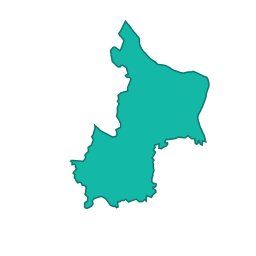 Quebracho, Paysandú, Uruguay (Albers equal-area conic projection), rotated 129°
{"feature_id": "84410073B73193959772066", "entity_name": "Quebracho", "entity_type": "district", "adm_level": 2, "iso_a3": "URY", "parent_name": "Uruguay", "parent_adm1": "Paysandú", "projection": "albers", "projection_center": [-57.976, -31.953], "detail": "fine", "context": "isolated", "style": "filled", "palette": "teal", "viewbox_px": 256, "rotation_deg": 129, "n_neighbors": 0, "source": "geoboundaries", "source_scale": "gbopen_adm2", "svg_char_len": 3548}
<svg xmlns="http://www.w3.org/2000/svg" viewBox="0 0 256 256"><g transform="rotate(129 128 128)"><path d="M187.3,149.5L188.7,151.4L189.8,151.7L189.9,149.9L191.7,148.4L189.8,146.6L189.7,145.5L191.6,144.2L191.8,142.4L196.1,142.4L197.7,142.1L197.8,139.8L200.4,138.5L200.4,137.3L201.3,135.6L202.1,133.6L202.2,132.5L200.7,131.8L200.0,130.3L201.3,127.3L200.1,126.0L200.0,123.6L204.5,120.5L206.7,119.7L206.7,115.9L210.5,113.4L213.0,114.6L215.0,113.4L216.6,112.2L216.9,110.9L216.2,109.2L211.8,107.1L208.9,107.5L206.9,110.0L204.0,109.9L198.0,105.8L197.5,104.0L196.9,100.8L199.1,93.0L197.9,89.4L196.8,89.0L197.2,86.9L195.7,86.0L192.0,89.5L190.3,87.8L188.6,87.7L187.1,85.6L184.8,85.0L185.1,80.9L182.8,79.7L178.1,76.8L178.2,72.9L176.2,70.6L173.1,70.0L173.3,67.8L169.4,70.7L168.8,70.6L167.1,66.1L164.5,66.7L160.4,65.9L159.2,66.8L159.1,68.3L159.1,69.5L159.0,71.2L158.3,71.2L157.3,70.2L156.1,69.7L155.0,70.1L153.9,70.8L154.0,72.1L154.9,73.1L155.1,74.3L154.7,75.7L151.7,78.0L149.3,78.6L148.2,79.9L144.9,80.9L143.1,82.9L141.8,84.3L140.2,85.3L139.2,87.3L136.6,87.6L135.9,90.5L131.9,90.9L129.4,91.5L129.3,92.4L129.4,93.5L129.2,94.1L128.6,94.5L127.3,94.7L126.1,94.6L125.7,95.1L124.9,96.3L124.1,96.3L122.9,95.3L120.6,94.1L122.6,92.5L124.3,91.1L123.0,88.9L121.0,88.5L118.7,87.4L117.6,86.9L115.5,87.0L114.6,88.1L115.3,89.0L116.0,90.1L115.4,90.8L112.8,91.0L111.6,89.4L106.2,84.4L103.4,83.2L101.8,80.6L99.9,77.6L96.2,76.6L96.3,71.8L94.3,69.5L97.6,66.1L97.4,64.5L95.9,63.9L94.4,65.3L93.2,65.1L95.1,61.4L94.6,59.6L91.2,61.8L89.8,58.8L89.2,59.7L88.8,60.4L87.9,61.5L86.9,62.6L86.2,63.7L85.6,64.7L85.1,65.8L84.8,66.4L84.3,67.4L83.9,68.1L83.5,69.0L83.1,69.7L82.6,70.7L82.1,71.8L81.5,73.0L81.1,73.6L80.8,74.2L79.8,75.5L79.3,76.1L78.7,77.1L77.9,78.2L77.2,79.1L76.5,79.9L75.7,80.7L74.7,81.1L73.5,81.6L71.4,82.1L69.2,82.5L66.9,83.1L65.0,83.5L63.7,83.9L61.9,84.5L59.8,85.2L57.9,85.8L56.1,86.5L54.4,87.2L53.4,87.8L52.6,88.4L51.3,89.0L49.8,89.6L48.2,90.2L44.9,91.4L43.1,92.5L42.2,93.4L41.3,94.6L39.9,96.6L39.7,97.0L39.4,97.5L39.3,97.9L39.2,98.3L39.1,98.7L39.2,99.1L39.3,99.7L40.1,101.4L40.2,102.2L40.3,102.9L40.5,103.5L41.2,106.4L41.6,108.3L41.8,109.2L42.0,109.9L42.4,111.0L42.8,112.2L43.0,113.1L44.2,113.7L45.4,115.2L45.6,115.4L46.7,116.4L47.8,117.5L48.7,118.2L50.1,119.1L50.5,119.6L51.4,121.1L52.3,122.9L52.8,124.8L53.7,127.0L54.3,128.5L54.5,129.6L54.7,130.7L54.8,132.1L54.9,133.5L55.1,134.8L55.5,136.6L56.0,138.4L56.3,139.0L56.9,140.0L57.4,141.0L58.1,142.1L59.3,143.9L59.6,144.5L59.8,145.2L59.9,146.2L59.6,147.2L59.5,148.5L59.7,150.4L60.0,151.7L60.0,152.6L60.1,153.5L59.9,155.7L59.6,158.1L59.1,161.0L58.8,163.6L58.6,164.9L58.2,166.2L57.3,168.8L56.4,170.5L55.4,172.0L54.1,173.1L52.8,174.1L52.2,174.6L51.9,175.0L51.5,175.6L51.4,175.7L51.2,176.2L50.9,177.3L50.5,179.1L50.0,181.6L49.7,183.5L49.2,185.5L48.7,187.7L48.2,189.4L47.6,192.0L47.3,193.7L46.9,195.5L46.5,197.2L57.2,194.8L60.3,194.7L61.2,192.7L61.5,190.2L62.5,186.2L67.9,184.2L71.8,183.0L73.1,183.0L73.3,188.9L74.7,190.3L78.8,190.3L82.4,186.4L86.2,182.0L86.8,174.5L85.8,172.6L83.5,172.7L82.5,171.3L82.0,167.3L84.4,164.1L86.2,161.4L87.8,162.8L88.8,163.0L89.3,161.8L89.2,160.4L87.6,158.5L87.9,156.5L94.9,154.3L96.9,153.7L99.4,151.5L105.2,155.6L109.0,156.3L111.4,153.3L113.8,153.1L114.9,150.0L118.8,149.2L122.4,146.1L126.1,144.2L127.7,139.2L129.5,136.2L132.2,134.2L136.9,136.3L139.4,132.7L142.4,132.1L144.8,134.5L147.4,147.4L146.8,155.5L148.9,153.5L155.7,150.7L157.6,150.8L158.9,147.4L164.3,145.7L168.3,146.7L171.0,144.1L176.1,144.4L178.0,142.1L182.0,141.8L187.3,149.5Z" fill="#14b8a6" stroke="#0f766e" stroke-width="1.5"/></g></svg>